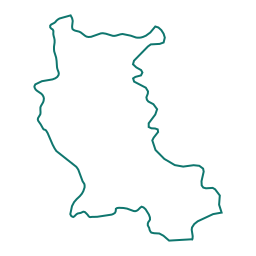 map outline of Loire (Natural Earth projection)
{"feature_id": "FRA-5315", "entity_name": "Loire", "entity_type": "Metropolitan department", "adm_level": 1, "iso_a3": "FRA", "parent_name": "France", "parent_adm1": "", "projection": "natural_earth1", "projection_center": [4.105, 45.756], "detail": "fine", "context": "isolated", "style": "outline", "palette": "teal", "viewbox_px": 256, "rotation_deg": 0, "n_neighbors": 0, "source": "natural_earth", "source_scale": "10m", "svg_char_len": 2592}
<svg xmlns="http://www.w3.org/2000/svg" viewBox="0 0 256 256"><path d="M219.8,195.5L219.1,204.7L221.6,212.6L213.1,214.1L197.7,221.3L194.2,224.1L192.0,227.5L191.7,229.8L192.7,236.2L192.5,238.8L192.1,239.5L191.4,239.3L169.1,240.6L163.4,235.7L159.3,233.5L154.0,233.2L151.3,232.6L150.4,231.5L149.6,229.9L149.2,228.0L147.8,225.4L147.8,223.6L148.3,222.1L149.3,220.8L150.0,219.6L149.9,217.4L148.9,214.6L145.6,209.3L143.5,207.4L141.6,206.7L140.3,207.6L138.0,209.9L136.6,210.8L135.1,211.2L133.6,211.0L127.0,208.6L123.5,208.0L119.1,207.8L117.2,208.0L115.9,208.8L115.8,210.2L115.6,211.6L114.9,212.9L113.4,213.9L111.7,214.6L97.1,216.8L91.9,216.9L90.4,217.1L89.6,217.0L88.6,216.2L87.7,214.9L86.4,213.5L84.8,212.0L83.3,211.7L80.7,212.9L77.7,213.5L76.4,214.3L74.3,216.4L73.2,217.0L72.0,216.5L71.1,215.8L70.3,214.1L72.0,206.1L74.1,202.1L76.6,199.2L79.8,196.2L81.9,193.7L83.3,191.2L84.6,187.3L84.6,185.2L84.3,183.9L82.6,181.3L78.3,169.7L77.4,168.3L76.3,166.8L56.4,151.1L54.6,148.4L52.6,144.6L47.6,133.0L46.0,130.4L44.8,129.7L43.7,129.4L43.1,128.7L40.7,124.4L38.2,120.8L37.8,119.5L38.0,118.2L40.3,114.3L40.5,113.0L40.5,111.5L40.4,110.1L40.4,108.7L40.4,107.6L40.6,106.8L41.0,105.9L43.1,102.3L43.6,100.8L43.9,98.5L43.5,96.8L42.6,95.1L41.3,93.7L36.9,90.7L35.6,89.5L34.6,87.6L34.4,86.3L35.3,84.4L41.9,81.2L52.5,79.4L55.3,78.3L57.3,76.9L58.6,74.9L58.8,73.3L58.4,71.7L57.8,70.2L57.3,68.7L57.0,67.1L56.6,61.0L56.1,57.5L54.2,51.4L54.0,49.3L54.0,46.7L54.6,42.5L54.6,40.1L54.2,37.9L53.7,36.2L53.3,34.1L53.4,31.0L53.0,30.0L52.5,29.3L51.5,28.8L50.9,28.2L50.2,27.3L50.2,25.6L51.2,24.5L54.1,23.0L55.2,22.2L55.9,21.4L56.4,20.7L56.9,20.3L58.0,19.4L59.5,18.5L70.6,15.4L72.1,18.2L72.6,20.4L72.7,20.9L72.7,21.2L72.1,26.3L72.2,27.8L72.5,29.0L73.5,29.9L75.0,30.6L79.0,31.6L80.7,32.4L85.1,35.8L86.5,36.6L88.5,37.0L91.1,36.8L100.8,33.4L102.8,33.2L105.8,33.7L112.7,35.8L114.3,35.9L116.1,35.6L120.5,34.3L122.6,34.0L130.8,35.7L136.0,37.5L137.6,37.7L139.2,37.7L141.0,37.5L143.1,36.9L145.9,35.7L150.3,32.5L155.3,26.5L158.4,27.5L161.3,30.1L163.6,33.7L164.8,37.6L163.6,42.5L159.7,43.9L150.8,44.4L147.9,46.5L134.0,60.7L133.0,64.3L136.3,67.4L141.1,70.1L142.4,72.5L141.0,75.4L135.4,76.9L133.1,78.4L134.1,81.6L145.8,87.7L148.0,91.4L147.8,93.7L146.4,97.3L146.9,99.7L148.3,101.5L153.4,104.2L157.1,109.2L155.3,114.5L148.7,123.3L148.7,127.0L151.4,128.3L155.1,128.5L157.7,129.4L158.1,132.0L153.7,137.6L152.3,140.4L155.5,150.0L164.3,158.9L174.8,165.1L183.2,166.6L193.6,165.2L199.3,165.8L203.1,168.6L203.7,171.6L201.5,181.2L201.7,185.4L203.3,187.6L206.0,188.3L212.7,187.9L215.1,189.3L219.8,195.5Z" fill="none" stroke="#0f766e" stroke-width="2"/></svg>